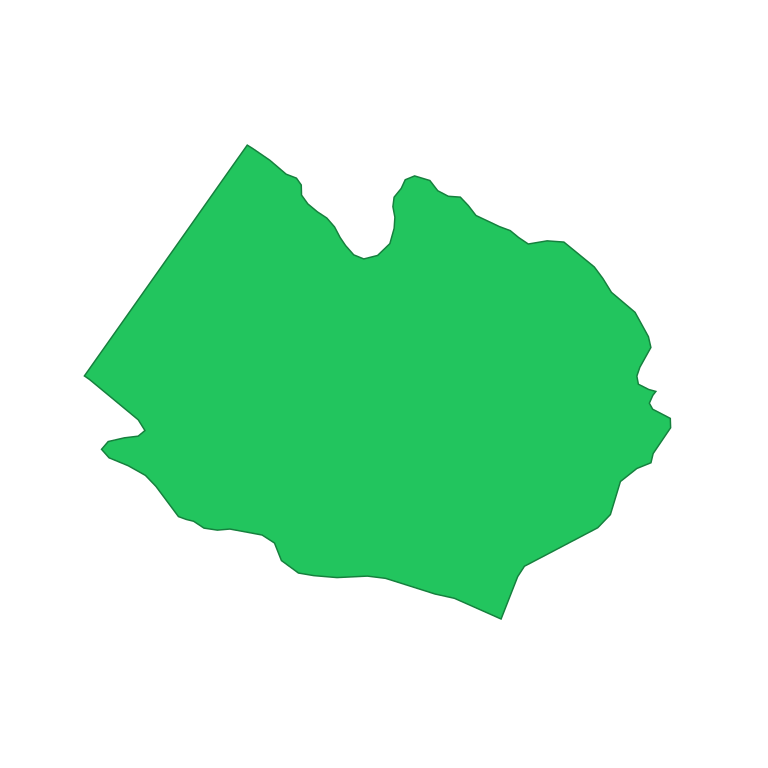 the border of Koulpélogo, rotated 110°
{"feature_id": "BFA-2827", "entity_name": "Koulpélogo", "entity_type": "Province", "adm_level": 1, "iso_a3": "BFA", "parent_name": "Burkina Faso", "parent_adm1": "", "projection": "equal_earth", "projection_center": [0.155, 11.405], "detail": "fine", "context": "isolated", "style": "filled", "palette": "green", "viewbox_px": 768, "rotation_deg": 110, "n_neighbors": 0, "source": "natural_earth", "source_scale": "10m", "svg_char_len": 1286}
<svg xmlns="http://www.w3.org/2000/svg" viewBox="0 0 768 768"><g transform="rotate(110 384 384)"><path d="M478.9,668.3L430.4,655.1L303.5,620.6L235.2,602.1L206.3,594.2L207.5,588.4L212.8,567.8L220.3,547.7L220.5,536.7L225.3,529.8L234.7,526.1L240.8,517.2L245.0,505.5L247.6,494.5L253.3,484.2L261.3,475.4L267.1,467.4L273.0,456.6L273.4,445.8L265.4,434.0L250.1,426.5L234.3,427.7L223.6,430.8L214.3,436.3L205.0,438.4L194.3,434.7L184.8,433.9L178.0,426.4L177.1,410.5L184.0,399.6L185.6,387.8L182.3,376.2L187.5,365.8L194.2,355.2L196.6,329.5L196.7,317.8L200.3,307.6L203.1,296.3L193.7,279.7L189.1,263.5L202.1,226.4L210.0,214.4L220.1,201.6L230.8,172.6L249.1,151.7L258.4,145.7L280.8,149.3L290.1,149.1L297.2,144.9L298.6,133.4L298.0,126.0L302.7,127.5L311.3,128.1L315.8,122.9L318.4,103.2L327.1,99.7L357.3,107.3L366.7,106.2L376.9,117.5L394.8,128.5L429.3,126.6L446.0,134.0L507.2,189.7L519.3,192.5L564.8,193.6L561.3,244.5L563.9,264.2L566.1,316.1L570.2,333.9L582.0,362.0L588.1,384.5L590.9,399.8L585.0,420.0L570.9,432.5L567.6,446.9L573.0,479.2L578.3,490.6L581.0,503.9L578.1,516.0L578.9,523.5L578.9,531.8L558.2,563.3L551.5,576.9L548.3,596.3L547.4,617.1L542.0,627.1L532.4,623.5L523.4,609.6L517.1,597.2L509.5,592.7L501.7,602.7L480.5,662.2L478.9,668.3Z" fill="#22c55e" stroke="#15803d" stroke-width="1.5"/></g></svg>